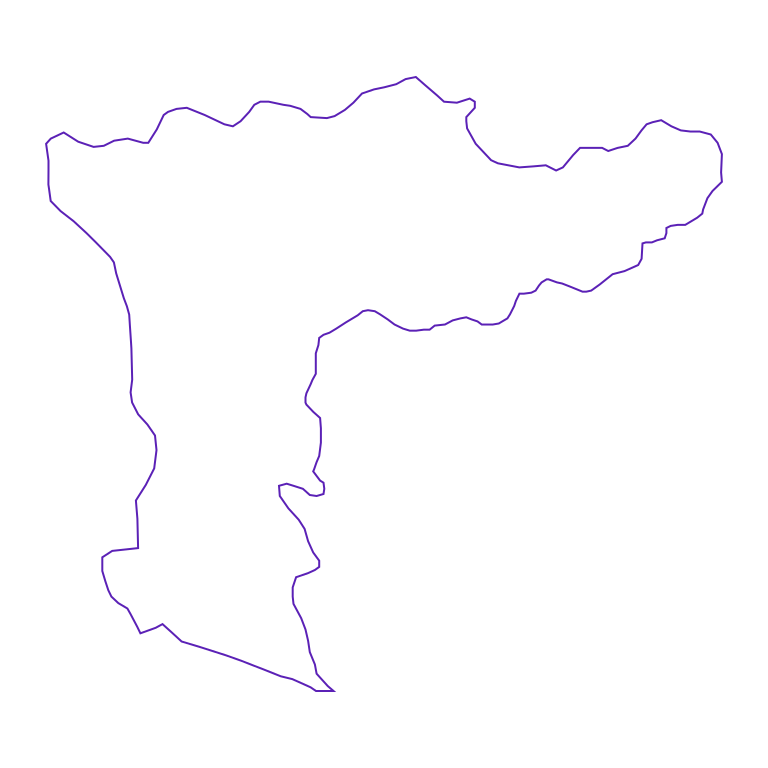 outline of Panjwin, As-Sulaymaniyah, Iraq
{"feature_id": "34846034B29141080711053", "entity_name": "Panjwin", "entity_type": "district", "adm_level": 2, "iso_a3": "IRQ", "parent_name": "Iraq", "parent_adm1": "As-Sulaymaniyah", "projection": "robinson", "projection_center": [46.048, 35.647], "detail": "fine", "context": "isolated", "style": "outline", "palette": "violet", "viewbox_px": 768, "rotation_deg": 0, "n_neighbors": 0, "source": "geoboundaries", "source_scale": "gbopen_adm2", "svg_char_len": 3128}
<svg xmlns="http://www.w3.org/2000/svg" viewBox="0 0 768 768"><path d="M333.5,691.0L327.7,686.0L316.6,673.7L314.9,664.5L309.8,652.1L308.1,640.8L305.5,629.5L301.2,618.2L293.5,603.9L292.7,596.7L292.7,587.4L296.1,577.2L308.1,573.1L314.9,570.0L319.2,566.9L319.2,560.7L313.2,552.5L308.1,541.2L304.6,528.9L298.7,519.7L288.4,508.4L279.8,496.0L279.0,485.8L286.7,483.7L293.5,485.8L302.9,488.8L309.8,495.0L316.6,496.0L323.5,494.0L324.3,488.8L323.5,482.7L320.1,480.6L313.2,471.4L314.1,469.3L316.6,462.1L319.2,456.0L320.9,442.6L320.9,428.3L320.1,418.0L313.2,411.8L306.4,404.6L305.5,402.6L305.5,397.4L306.4,393.3L310.7,384.1L312.4,380.0L315.8,373.8L315.8,369.7L315.8,360.5L315.8,353.3L318.4,345.1L319.2,337.9L323.5,334.8L329.5,332.7L336.3,328.6L345.7,322.5L357.7,315.3L362.8,311.2L368.0,310.2L374.8,311.2L380.0,314.3L387.7,319.4L394.5,324.5L403.0,328.6L409.9,330.7L415.9,330.7L423.6,329.7L429.6,329.7L434.7,325.6L445.0,324.5L452.7,320.4L460.4,318.4L466.3,317.3L471.5,319.4L477.5,321.4L481.7,324.5L486.0,324.5L490.3,324.5L492.9,324.5L498.8,323.5L502.3,321.4L507.4,318.4L510.0,314.3L514.2,306.0L515.9,300.9L519.4,293.7L523.6,293.7L531.3,292.7L535.6,290.6L539.0,285.5L541.6,282.4L546.7,279.3L548.4,279.3L557.0,282.4L562.1,283.5L569.8,286.5L582.6,291.7L586.1,291.7L591.2,290.6L599.7,284.5L612.6,274.2L624.5,271.1L638.2,265.0L641.6,258.8L642.5,243.4L645.9,242.4L651.9,242.4L657.0,240.3L664.7,238.3L666.4,233.1L666.4,228.0L670.7,225.9L677.5,224.9L685.2,224.9L697.2,217.7L702.3,213.6L703.1,209.5L707.4,198.2L712.5,191.0L721.9,181.8L721.1,172.5L721.9,154.1L717.6,142.8L710.8,134.5L699.6,131.5L690.2,131.5L680.8,130.4L671.4,126.3L661.2,120.2L652.6,122.2L646.6,124.3L641.5,130.4L635.5,138.6L627.8,145.8L617.6,147.9L608.2,151.0L602.2,147.9L591.9,147.9L580.0,147.9L573.1,155.1L562.9,167.4L556.1,170.5L545.8,165.3L533.0,166.4L519.3,167.4L497.9,163.3L491.1,160.2L475.7,143.8L467.1,128.4L466.3,121.2L466.3,117.1L474.8,107.8L474.8,101.7L469.7,98.6L456.9,102.7L444.0,101.7L437.2,95.5L425.2,85.2L415.8,77.0L405.6,79.1L396.2,84.2L384.2,87.3L374.0,89.4L362.0,93.5L353.4,102.7L344.9,109.9L334.6,116.1L326.9,118.1L310.7,117.1L307.3,114.0L300.5,108.9L290.2,105.8L283.4,104.8L268.8,101.7L260.3,101.7L254.3,104.8L249.2,111.9L240.6,121.2L232.9,126.3L224.4,124.3L204.7,115.0L186.8,107.8L176.5,108.9L168.0,111.9L163.7,115.0L156.8,129.4L148.3,142.8L143.2,142.8L127.8,138.6L114.1,140.7L103.8,145.8L93.6,146.9L78.2,141.7L63.7,132.5L50.8,138.6L46.1,143.8L48.5,160.7L48.5,169.9L48.4,184.5L49.1,189.4L50.7,201.0L60.6,211.1L73.6,221.2L86.5,233.1L95.7,242.2L110.1,256.9L113.9,262.4L116.2,273.4L123.8,298.1L126.9,306.3L129.2,314.6L129.9,325.6L131.0,342.0L131.4,348.5L132.2,379.6L130.6,392.4L132.1,402.5L138.2,414.4L147.4,424.5L155.0,435.5L156.5,450.1L154.2,468.4L145.8,484.9L135.9,500.5L137.4,518.8L138.1,548.1L112.2,550.9L102.3,557.3L102.3,571.0L105.3,581.1L108.3,590.2L111.4,596.6L118.3,603.1L127.4,608.5L130.5,614.0L137.3,626.9L140.4,633.3L155.7,627.8L162.5,624.1L171.7,632.4L181.6,641.5L199.9,647.0L225.9,655.3L241.1,660.7L254.4,665.9L262.5,669.0L280.8,676.3L292.3,679.1L310.6,687.3L316.0,691.0L326.7,691.0L333.5,691.0Z" fill="none" stroke="#5b21b6" stroke-width="2"/></svg>